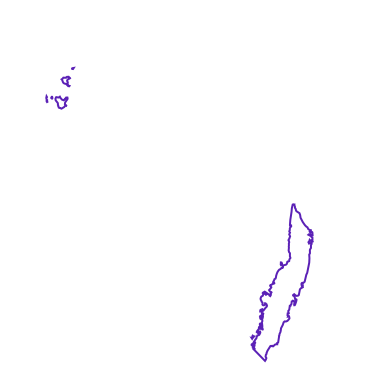 outline of Roatan, Islas de la Bahía, Honduras, rotated 136°
{"feature_id": "27666195B61672641857391", "entity_name": "Roatan", "entity_type": "district", "adm_level": 2, "iso_a3": "HND", "parent_name": "Honduras", "parent_adm1": "Islas de la Bahía", "projection": "mercator", "projection_center": [-86.506, 16.164], "detail": "fine", "context": "isolated", "style": "outline", "palette": "violet", "viewbox_px": 384, "rotation_deg": 136, "n_neighbors": 0, "source": "geoboundaries", "source_scale": "gbopen_adm2", "svg_char_len": 5763}
<svg xmlns="http://www.w3.org/2000/svg" viewBox="0 0 384 384"><g transform="rotate(136 192 192)"><path d="M256.8,19.8L255.5,20.1L254.1,20.7L253.8,21.0L253.5,22.4L251.9,23.6L250.8,23.8L250.2,24.4L247.9,25.4L242.6,26.7L242.2,26.5L242.0,26.0L241.2,25.7L241.1,24.9L240.8,24.6L238.4,24.6L237.5,24.2L236.5,23.3L235.8,24.2L234.6,23.9L229.7,27.6L229.5,28.0L228.7,28.2L227.8,29.0L225.3,30.0L224.6,30.7L224.2,30.8L222.7,32.1L219.1,33.3L216.6,34.6L215.3,34.6L214.4,33.6L212.9,33.0L211.1,33.1L209.9,33.3L209.5,33.6L208.5,35.2L208.5,35.4L209.5,35.8L208.9,36.2L209.0,36.9L208.7,37.2L207.4,38.3L207.2,38.2L206.9,37.5L206.6,37.5L205.5,39.5L203.8,39.8L200.7,42.2L200.2,41.7L199.2,42.2L198.3,42.3L196.3,44.0L195.6,43.7L195.0,43.8L194.7,43.3L194.8,42.7L194.5,41.5L195.5,41.0L196.8,40.0L197.1,39.5L196.7,39.2L195.8,39.5L193.4,40.7L191.7,41.8L191.6,42.1L192.7,42.4L191.0,45.4L190.9,46.1L191.2,47.3L191.0,47.6L189.5,47.5L189.3,45.5L188.9,44.6L187.8,43.8L186.7,43.7L182.0,47.0L180.6,47.1L178.4,46.5L177.8,47.3L177.1,47.9L177.3,48.2L178.3,48.1L177.6,49.3L176.8,50.1L176.3,50.2L175.8,50.1L175.6,49.9L175.4,49.3L173.3,49.2L167.2,53.1L165.3,53.8L159.1,58.1L156.8,59.7L153.5,62.8L151.2,65.5L149.7,66.0L147.6,68.3L146.9,68.7L145.3,69.1L143.3,71.2L142.1,71.5L141.8,71.7L141.7,72.2L142.3,73.0L142.8,73.4L143.6,73.6L143.1,75.0L141.4,75.3L140.6,75.8L140.6,73.8L139.8,72.5L139.6,72.5L139.4,72.9L139.8,73.7L139.7,74.1L139.3,74.3L138.4,74.1L137.1,75.5L137.3,76.6L137.0,76.9L137.0,77.3L138.0,80.4L137.4,80.4L136.6,79.8L136.5,79.2L136.0,78.4L135.9,77.7L135.3,77.1L133.5,79.3L133.4,79.6L133.5,79.8L134.8,80.4L135.0,81.4L134.9,81.8L134.4,82.1L133.7,81.6L133.2,81.7L133.0,82.0L133.8,82.9L134.1,84.8L133.5,86.3L133.8,87.8L133.8,89.7L133.2,93.4L131.8,98.1L130.2,100.3L129.4,102.1L130.2,105.6L130.0,106.4L129.1,108.0L128.9,109.2L128.1,110.0L127.6,111.2L127.1,111.8L127.3,111.9L127.7,112.8L128.3,113.0L131.4,111.0L134.3,108.5L140.7,103.6L143.5,101.1L144.6,100.1L145.0,99.4L145.0,99.2L144.1,98.9L144.5,98.4L146.2,98.2L147.0,97.8L148.2,96.6L149.3,96.2L149.6,95.5L149.7,94.7L151.5,94.0L152.1,92.3L152.4,91.8L153.5,91.4L154.4,90.8L155.3,90.7L156.1,90.3L156.3,89.9L156.2,89.6L156.9,88.4L158.3,87.5L159.1,86.5L160.3,85.5L161.0,84.6L163.1,82.8L163.9,81.4L164.1,79.9L166.2,77.8L167.0,76.2L168.7,75.9L170.1,74.8L171.1,75.1L171.6,75.6L171.9,75.6L173.6,74.5L174.1,74.4L174.8,74.4L177.4,75.8L177.9,75.6L178.8,74.7L179.4,74.5L179.7,74.5L180.3,75.2L182.0,75.1L182.9,75.5L183.9,75.5L185.9,75.1L187.6,74.4L189.8,73.2L190.6,72.5L192.0,71.7L193.3,72.0L194.2,71.5L196.3,70.8L196.4,70.4L195.9,69.7L196.3,69.1L197.1,69.3L197.9,70.0L199.2,70.0L200.0,70.5L200.7,70.5L201.0,70.1L201.0,68.6L201.2,68.3L202.7,68.0L204.7,67.9L205.1,66.2L204.5,64.9L204.5,64.6L206.1,64.1L206.7,63.2L208.0,62.8L208.2,63.8L207.6,64.4L207.9,65.3L208.5,66.4L210.2,66.7L210.3,68.0L210.9,69.0L211.6,69.1L213.1,68.2L214.8,68.6L216.5,67.9L217.4,66.8L217.5,65.9L218.1,64.8L218.1,63.7L218.3,63.1L219.4,62.3L219.6,61.7L219.5,61.1L218.9,60.5L217.3,60.0L217.1,60.1L216.9,61.1L216.7,61.2L216.4,60.5L216.5,59.9L216.4,59.3L216.8,58.8L217.1,58.0L218.1,57.6L219.6,57.6L223.1,57.1L225.0,57.6L226.1,56.1L225.2,55.5L225.2,55.0L226.8,54.0L227.6,53.0L229.2,52.0L230.2,51.6L230.9,50.4L232.5,49.5L233.3,48.2L234.1,47.4L234.4,46.8L235.8,45.6L236.2,44.5L236.6,44.0L236.8,44.1L237.0,45.4L237.5,45.8L236.7,46.5L236.5,47.4L236.9,48.2L237.4,48.3L237.9,48.1L239.2,47.0L241.5,46.8L242.7,46.3L242.5,44.3L242.2,43.6L241.6,44.1L240.8,45.5L240.6,44.8L240.0,44.3L240.7,43.7L240.7,43.3L241.9,42.9L242.9,43.2L243.2,43.0L243.1,42.6L243.3,42.6L244.7,43.4L246.2,42.8L247.4,42.0L248.6,41.9L251.7,41.2L252.0,40.8L252.1,40.4L251.2,39.9L251.3,39.6L252.6,39.3L253.3,38.4L253.8,38.6L254.6,38.3L254.7,37.6L256.0,37.9L256.0,37.6L255.6,37.3L255.9,35.6L256.2,35.5L256.6,36.3L256.9,36.4L256.8,19.8ZM217.1,345.3L216.5,345.7L216.0,346.5L216.9,347.4L218.2,347.2L218.6,347.3L219.0,347.0L219.8,347.2L220.3,347.0L220.6,347.1L221.4,348.9L221.2,351.3L220.8,352.4L221.1,352.5L222.0,352.4L222.6,352.9L223.6,354.4L224.0,354.6L225.5,353.9L226.4,352.6L226.7,349.4L227.3,348.4L228.0,347.8L228.1,347.2L228.6,346.7L228.7,346.1L229.2,345.3L229.0,344.6L228.3,343.8L228.2,342.9L228.0,342.6L224.9,341.9L223.5,342.1L222.9,341.8L222.7,341.4L222.4,341.5L222.3,341.9L222.7,342.7L222.5,343.4L221.3,344.4L220.3,344.7L217.1,345.3ZM203.0,359.2L201.4,358.7L200.7,358.6L200.6,359.0L201.1,359.8L200.7,360.2L200.7,360.6L202.0,361.7L203.3,361.7L203.6,362.2L204.0,362.4L205.1,363.6L206.5,363.4L207.5,363.6L207.5,362.9L208.5,360.7L208.7,359.8L208.5,358.8L207.5,357.1L207.5,354.1L206.8,353.3L206.5,353.4L206.9,353.9L206.8,355.4L206.2,356.2L205.9,356.9L205.1,357.2L204.8,358.4L204.3,359.0L203.0,359.2ZM210.8,70.3L211.3,70.2L211.3,69.9L210.5,69.6L210.0,68.9L209.5,67.5L209.6,67.0L209.2,66.8L208.3,67.0L208.9,69.8L210.8,70.3ZM229.0,55.4L229.9,55.0L230.1,54.3L230.8,53.5L230.7,52.9L229.7,52.9L228.6,54.3L227.8,54.7L227.9,55.1L229.0,55.4ZM255.0,40.9L255.4,40.5L255.2,39.8L255.4,39.4L255.1,38.8L254.3,39.1L253.2,40.0L252.9,40.4L253.3,40.8L255.0,40.9ZM177.0,79.6L178.6,78.1L178.8,77.3L178.3,76.8L177.8,76.8L176.8,78.2L176.6,79.1L177.0,79.6ZM224.6,59.6L225.7,59.0L225.9,58.7L224.4,58.0L222.8,58.4L222.8,58.9L224.6,59.6ZM233.5,50.0L234.8,50.0L235.4,49.4L235.5,48.6L234.8,48.2L234.4,48.1L233.9,49.2L233.9,49.8L233.5,50.0ZM248.1,46.5L248.8,46.3L249.3,45.9L249.2,44.9L247.6,45.0L248.0,45.6L248.1,46.5ZM226.8,357.9L227.9,357.5L227.8,356.4L227.4,356.4L227.0,356.7L226.5,357.6L226.8,357.9ZM192.4,364.2L192.7,364.0L192.7,363.7L192.2,363.1L190.9,363.4L191.8,364.0L192.4,364.2ZM232.4,359.2L233.2,358.7L233.7,358.0L233.8,357.4L233.4,357.3L233.1,358.0L232.3,358.8L232.4,359.2ZM230.2,361.8L231.5,360.9L231.8,360.4L230.4,361.0L230.2,361.8ZM250.5,45.6L250.7,44.6L249.5,44.9L249.8,45.3L250.3,45.3L250.5,45.6Z" fill="none" stroke="#5b21b6" stroke-width="2"/></g></svg>